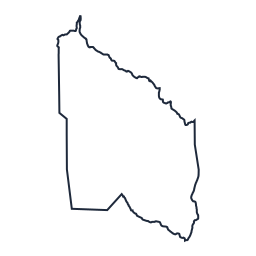 the district of Tilaran, Guanacaste, Costa Rica
{"feature_id": "36466004B12916636175246", "entity_name": "Tilaran", "entity_type": "district", "adm_level": 2, "iso_a3": "CRI", "parent_name": "Costa Rica", "parent_adm1": "Guanacaste", "projection": "equal_earth", "projection_center": [-84.874, 10.487], "detail": "fine", "context": "isolated", "style": "outline", "palette": "slate", "viewbox_px": 256, "rotation_deg": 0, "n_neighbors": 0, "source": "geoboundaries", "source_scale": "gbopen_adm2", "svg_char_len": 5625}
<svg xmlns="http://www.w3.org/2000/svg" viewBox="0 0 256 256"><path d="M198.7,169.7L194.8,144.6L194.6,120.4L194.5,120.5L194.0,121.1L193.9,121.4L193.4,122.0L192.5,122.0L191.9,121.8L191.5,121.7L191.2,122.0L190.7,122.1L190.4,122.6L189.9,122.7L189.2,122.7L188.3,123.0L188.1,123.4L188.0,123.9L187.8,124.3L187.5,124.6L186.5,125.0L185.6,125.0L185.4,124.8L185.1,124.1L184.8,122.7L184.5,121.7L184.4,120.4L184.2,119.7L182.9,118.8L182.4,118.3L181.2,117.9L180.5,117.5L180.3,117.3L179.0,114.5L178.5,114.1L177.3,113.8L177.2,113.6L177.2,113.1L177.0,112.9L176.6,112.3L176.2,111.9L174.7,110.6L171.6,108.7L171.4,108.3L171.4,107.6L171.1,106.6L171.1,106.2L170.7,105.5L170.7,103.8L170.9,103.0L170.9,102.2L170.8,101.7L170.5,101.4L170.2,101.5L169.2,102.3L168.1,102.3L167.4,103.0L166.7,103.2L166.2,103.5L165.3,103.3L164.9,103.0L163.8,102.7L163.3,102.3L163.0,101.9L162.9,101.4L162.9,99.9L162.8,99.6L162.5,99.6L161.8,99.3L160.9,99.3L160.1,98.8L159.6,98.2L159.2,97.5L158.9,96.0L158.9,92.6L159.3,91.4L159.5,90.4L159.7,89.6L159.7,88.1L159.3,88.1L158.3,88.4L157.2,88.4L156.3,88.1L156.0,87.9L155.8,87.5L155.2,86.7L154.8,86.1L154.3,84.8L154.0,84.6L153.8,84.1L153.3,83.6L152.6,82.6L152.0,82.0L151.3,81.4L150.6,80.6L150.1,81.3L149.3,80.9L149.2,80.8L148.6,78.4L147.3,78.0L146.3,77.3L145.6,77.0L145.0,76.8L142.5,76.8L142.1,77.0L141.2,77.0L139.7,76.3L139.2,76.3L138.9,76.7L138.9,76.9L138.7,77.1L137.6,77.4L137.2,77.7L137.1,78.1L136.4,78.1L135.3,77.5L133.7,76.4L132.5,75.1L132.2,74.5L132.1,74.0L131.3,72.7L130.6,72.2L129.1,71.3L128.2,70.9L127.9,70.9L127.4,71.4L127.2,71.5L126.4,71.6L126.1,71.4L125.7,70.8L124.9,70.6L123.7,70.1L123.0,69.6L122.0,69.1L120.5,69.2L119.1,69.1L118.8,69.0L118.4,68.7L118.1,67.8L118.0,67.6L117.9,67.4L117.7,67.1L116.3,65.5L116.1,64.5L116.1,63.1L115.7,62.9L115.5,62.7L114.7,61.3L114.3,60.9L113.6,60.7L112.1,60.7L111.6,60.3L111.1,59.5L110.9,58.7L110.6,58.3L110.3,58.0L109.9,57.9L109.6,57.5L109.3,56.9L109.2,56.5L108.5,55.0L108.1,55.0L107.4,54.5L103.6,54.5L102.9,54.2L102.7,54.0L102.3,53.8L101.8,53.4L101.4,53.2L100.9,52.9L100.8,52.7L100.5,52.6L100.3,52.5L100.1,52.4L99.7,52.1L99.3,51.9L99.0,51.9L98.9,51.8L97.7,51.4L96.8,50.7L95.9,50.2L95.6,50.0L95.5,49.7L94.7,48.9L94.2,48.3L94.0,48.2L93.9,47.9L93.7,47.8L93.4,47.3L93.0,47.0L90.4,47.0L90.1,47.3L89.3,47.3L88.9,47.0L88.8,46.8L88.6,46.8L88.4,46.6L88.2,46.1L87.9,45.7L87.7,45.2L87.6,44.6L87.3,44.1L87.0,43.2L86.9,42.3L86.8,42.0L86.6,40.7L86.5,39.7L86.3,39.5L86.3,39.2L86.0,38.8L85.7,38.8L85.5,38.4L84.6,37.9L84.2,37.6L81.5,35.2L80.3,33.5L80.1,32.9L79.8,32.4L79.6,31.8L79.6,30.1L79.7,29.9L79.7,29.2L79.8,28.5L80.2,27.7L80.2,25.6L80.0,25.1L79.9,24.7L79.8,24.1L79.7,23.8L79.7,21.8L79.7,21.5L80.5,20.4L80.7,19.1L80.7,17.8L80.6,17.2L80.6,16.2L80.4,16.0L80.3,15.4L79.5,17.7L79.2,18.2L78.9,19.5L78.3,20.6L78.1,20.7L77.7,21.6L77.0,22.5L76.8,22.6L76.8,24.4L76.6,25.0L76.6,26.8L76.7,27.2L76.8,28.0L76.7,28.3L76.3,28.9L75.9,30.5L75.6,31.0L74.8,31.0L73.8,30.7L70.2,30.7L69.9,30.8L69.4,31.8L68.3,33.0L67.3,33.9L66.8,34.4L64.9,34.5L64.6,34.7L63.5,35.3L63.1,35.2L62.7,34.9L62.3,34.9L61.7,35.2L60.4,36.0L60.2,36.1L59.9,36.5L59.3,36.6L58.7,36.9L58.4,37.2L57.5,38.8L57.5,39.1L58.3,39.9L58.3,40.1L58.4,41.6L58.3,42.4L58.1,43.4L57.3,45.3L57.3,46.0L57.7,46.5L58.2,46.9L58.7,47.2L58.8,47.4L58.8,48.0L58.7,48.2L58.7,49.0L58.7,53.3L58.6,54.2L58.6,55.3L59.2,96.0L59.4,112.9L66.7,118.9L66.7,134.6L66.9,169.4L71.8,208.8L107.2,210.1L121.7,194.1L123.0,195.9L123.0,196.2L123.1,196.6L124.0,196.6L124.1,197.1L124.3,197.5L125.1,198.2L125.3,199.0L125.5,199.3L125.6,199.8L126.1,200.6L126.2,201.2L126.9,202.2L127.4,202.6L127.5,203.0L127.6,203.4L127.7,203.7L127.9,204.2L128.5,204.8L128.6,205.7L129.3,206.4L129.7,207.1L129.9,207.6L130.6,208.9L131.0,210.2L131.3,210.5L132.5,210.4L132.5,210.6L132.9,211.4L133.2,211.8L133.6,212.4L135.2,213.5L135.3,213.6L136.0,213.7L136.2,213.9L136.5,214.6L136.7,214.9L136.9,215.6L137.3,215.9L138.0,216.2L138.9,216.7L139.6,217.0L141.7,218.0L141.9,218.2L142.3,219.2L142.8,219.6L146.6,220.9L147.9,221.0L148.1,221.2L148.4,221.2L149.0,221.7L149.5,222.0L150.7,222.4L150.9,222.4L151.2,222.2L151.5,222.2L152.0,221.9L154.6,221.9L155.2,221.6L155.3,221.4L155.8,221.3L156.4,221.3L157.5,221.6L158.8,221.8L160.0,222.3L160.1,222.5L160.2,222.9L160.7,224.0L160.8,224.5L161.1,225.0L161.6,225.7L162.9,226.3L166.1,226.6L167.2,227.1L167.4,228.0L167.6,228.1L167.9,229.1L168.3,229.8L169.8,230.9L170.3,231.5L171.2,232.0L171.8,232.6L172.8,233.2L173.0,233.5L174.3,234.1L175.2,234.3L175.5,234.3L176.1,234.0L176.5,233.6L177.3,233.4L177.9,233.4L179.2,233.8L179.4,234.2L179.5,234.9L180.0,236.6L180.1,236.9L180.4,237.2L182.2,237.9L183.4,237.9L183.6,237.7L184.6,238.3L184.9,239.2L185.0,240.6L185.9,240.1L187.2,240.1L187.8,239.7L188.4,238.3L189.7,236.5L190.1,235.5L190.4,235.0L190.9,233.5L191.5,232.0L191.5,231.3L191.5,231.2L192.4,227.8L192.3,226.3L192.5,225.2L193.1,224.1L193.6,223.6L193.9,222.9L194.0,222.6L193.9,221.5L194.3,220.7L194.9,220.2L195.8,220.2L196.1,220.0L196.7,219.6L197.1,219.4L197.4,219.2L197.7,219.1L198.1,218.7L198.2,218.4L198.2,215.7L198.1,215.3L197.9,214.8L197.9,214.7L197.7,214.6L197.5,214.2L196.9,212.7L196.8,212.0L196.8,209.9L196.8,209.3L196.5,208.4L196.5,207.3L196.0,205.5L196.0,204.7L195.8,203.5L195.8,203.1L195.3,201.8L194.1,201.3L193.2,201.3L193.0,201.1L192.2,200.2L191.4,198.6L191.2,197.9L191.2,196.9L191.3,196.6L191.4,196.4L191.6,195.4L192.0,194.6L192.1,194.4L192.5,193.6L192.6,193.1L193.2,192.2L193.4,191.5L193.6,191.3L194.1,189.8L194.2,188.8L194.5,187.9L194.5,187.5L194.7,186.9L195.3,184.5L195.5,184.2L195.8,183.1L196.2,182.4L196.7,181.1L197.2,180.1L197.4,179.4L198.1,177.5L198.4,176.3L198.5,176.0L198.5,175.0L198.6,174.9L198.6,174.4L198.7,169.7Z" fill="none" stroke="#1e293b" stroke-width="2"/></svg>